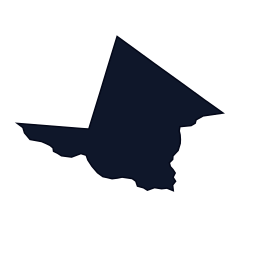 outline of Xexéu, Pernambuco, Brazil, rotated 50°
{"feature_id": "56859067B38372235502315", "entity_name": "Xexéu", "entity_type": "district", "adm_level": 2, "iso_a3": "BRA", "parent_name": "Brazil", "parent_adm1": "Pernambuco", "projection": "robinson", "projection_center": [-35.636, -8.841], "detail": "fine", "context": "isolated", "style": "filled", "palette": "ink", "viewbox_px": 256, "rotation_deg": 50, "n_neighbors": 0, "source": "geoboundaries", "source_scale": "gbopen_adm2", "svg_char_len": 872}
<svg xmlns="http://www.w3.org/2000/svg" viewBox="0 0 256 256"><g transform="rotate(50 128 128)"><path d="M177.6,45.6L160.7,50.0L155.5,51.4L133.6,56.8L95.3,66.5L50.9,77.5L68.9,105.3L82.0,125.3L103.6,158.7L99.1,163.4L53.4,209.8L60.1,208.2L65.2,210.4L73.8,210.4L82.8,202.9L87.0,200.8L91.2,198.9L95.1,198.2L98.0,200.0L102.0,198.2L106.5,196.8L114.0,189.9L117.3,180.5L122.0,177.5L126.7,179.3L134.4,180.2L142.7,180.1L149.1,178.5L152.4,175.9L156.6,172.8L159.7,168.0L161.8,164.1L169.4,157.3L173.8,156.2L178.6,158.1L183.8,154.5L188.1,153.1L190.7,146.0L196.1,141.3L199.1,136.8L205.1,133.6L200.4,130.5L199.4,125.8L194.7,125.2L192.8,120.8L189.0,120.3L184.8,120.4L181.2,118.7L180.8,114.0L178.3,111.6L177.4,104.1L173.4,98.0L170.5,95.3L166.7,92.5L163.2,90.7L160.3,87.4L166.7,78.1L167.5,73.5L165.5,70.6L167.0,62.7L177.6,45.6Z" fill="#0f172a" stroke="#020617" stroke-width="1.5"/></g></svg>